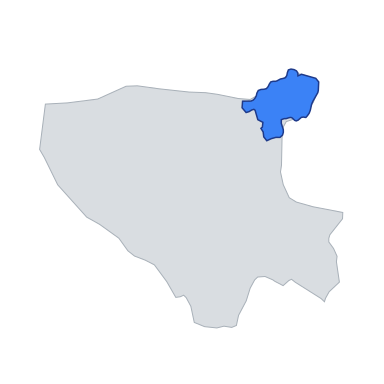 location of Cibitoke within Burundi, rotated 96°
{"feature_id": "BDI-2638", "entity_name": "Cibitoke", "entity_type": "Province", "adm_level": 1, "iso_a3": "BDI", "parent_name": "Burundi", "parent_adm1": "", "projection": "albers", "projection_center": [29.231, -2.849], "detail": "fine", "context": "in_parent", "style": "filled", "palette": "blue", "viewbox_px": 384, "rotation_deg": 96, "n_neighbors": 0, "source": "natural_earth", "source_scale": "10m", "svg_char_len": 1930}
<svg xmlns="http://www.w3.org/2000/svg" viewBox="0 0 384 384"><g transform="rotate(96 192 192)"><path d="M287.3,48.8L284.4,52.6L271.0,79.8L268.4,83.9L269.9,86.4L275.6,91.6L272.2,100.2L270.9,102.5L268.4,110.5L269.7,117.8L272.9,120.5L281.6,124.1L294.6,126.7L309.8,132.8L320.1,133.9L322.5,138.3L322.1,146.2L324.6,153.1L324.6,165.4L321.5,176.1L305.8,181.2L297.7,186.7L295.5,189.5L297.4,192.7L298.5,197.1L283.7,207.8L268.4,221.8L264.7,231.3L261.7,242.5L257.2,249.6L245.6,259.9L233.8,280.6L228.0,294.1L198.9,326.3L173.1,342.5L165.6,348.0L119.9,347.0L116.4,325.2L109.4,295.5L93.7,268.6L92.1,257.4L92.8,235.7L92.9,205.2L91.8,188.9L92.2,176.9L94.2,156.2L93.9,143.8L83.6,129.5L70.7,114.3L63.7,106.8L63.3,100.8L63.4,95.3L65.4,87.2L70.5,78.1L76.1,77.1L90.0,80.7L104.5,88.4L112.1,105.6L118.0,108.1L128.7,108.1L156.0,105.8L162.8,106.1L175.2,102.0L187.5,94.7L191.1,87.2L194.0,70.3L196.6,39.9L202.9,39.5L220.1,50.4L223.8,51.1L227.4,50.7L233.4,45.3L240.8,41.0L246.2,41.1L266.2,36.0L276.9,45.2L283.7,48.1L287.3,48.8Z" fill="#d9dde1" stroke="#a8b0b8" stroke-width="1"/><path d="M77.8,77.0L80.1,77.3L89.0,81.2L92.2,82.2L98.4,82.9L101.4,83.7L104.1,85.2L105.9,86.5L106.0,87.2L105.8,88.9L106.3,90.9L106.3,91.0L109.5,94.0L110.4,95.8L110.0,97.4L108.0,99.9L107.5,101.4L107.9,103.1L109.2,106.1L109.4,108.0L110.7,110.7L114.3,110.4L120.5,107.7L123.1,107.4L125.9,107.9L128.5,110.2L128.9,114.3L130.7,118.8L133.2,123.0L129.7,126.4L124.9,127.5L121.5,130.1L120.1,128.8L115.3,128.8L113.2,134.1L104.1,137.8L103.3,139.1L104.2,141.2L106.1,143.6L107.3,146.5L103.0,151.0L96.4,151.2L95.4,142.8L94.1,140.6L92.0,139.1L89.6,138.1L86.9,137.8L84.1,136.7L82.8,134.1L82.3,131.1L81.4,128.8L79.2,127.3L76.6,126.4L74.3,125.2L73.4,122.9L73.2,120.5L72.6,119.1L70.4,115.9L69.1,112.0L68.4,110.9L66.2,109.9L63.2,109.6L60.5,108.9L59.4,106.4L59.6,103.3L60.6,100.8L62.5,99.2L65.4,98.8L63.5,95.3L66.0,80.8L69.3,77.5L77.8,77.0Z" fill="#3b82f6" stroke="#1e3a8a" stroke-width="1.5"/></g></svg>